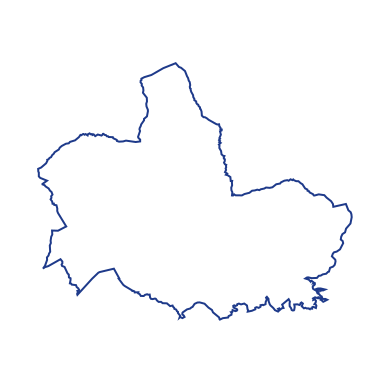 Plopu, Prahova, Romania (Natural Earth projection), rotated 354°
{"feature_id": "2599482B39096180875647", "entity_name": "Plopu", "entity_type": "district", "adm_level": 2, "iso_a3": "ROU", "parent_name": "Romania", "parent_adm1": "Prahova", "projection": "natural_earth1", "projection_center": [26.161, 45.031], "detail": "fine", "context": "isolated", "style": "outline", "palette": "blue", "viewbox_px": 384, "rotation_deg": 354, "n_neighbors": 0, "source": "geoboundaries", "source_scale": "gbopen_adm2", "svg_char_len": 6036}
<svg xmlns="http://www.w3.org/2000/svg" viewBox="0 0 384 384"><g transform="rotate(354 192 192)"><path d="M319.9,285.5L321.4,281.8L324.4,281.0L326.2,279.5L326.9,277.9L327.5,275.9L327.4,274.3L324.4,270.6L325.7,268.0L327.0,266.8L329.7,266.4L333.2,264.5L337.0,258.7L336.7,256.5L335.0,254.8L335.7,252.1L337.2,249.6L340.0,248.1L341.4,244.5L346.3,239.9L348.2,233.7L348.2,230.8L347.7,228.7L345.6,226.5L343.8,220.0L331.0,221.5L330.9,218.6L329.4,215.7L325.2,211.6L323.3,209.0L317.8,207.6L313.5,208.3L312.7,208.1L312.1,206.8L308.9,204.7L308.6,203.6L307.0,202.8L307.0,201.6L304.9,200.3L302.6,195.8L301.0,194.6L299.0,192.4L296.7,192.1L294.6,190.9L294.0,190.1L293.1,190.7L291.3,189.7L289.3,190.9L288.0,190.2L285.0,190.4L281.5,191.7L280.5,192.8L276.6,193.1L272.5,195.7L269.7,196.0L266.1,195.3L264.3,196.1L260.6,196.5L259.2,197.2L257.1,196.5L254.7,197.0L251.9,197.0L249.0,198.8L244.0,199.5L241.3,200.6L234.8,199.8L233.6,198.7L232.4,199.8L231.4,199.6L232.1,196.5L231.4,194.4L231.5,191.8L232.6,189.5L232.7,186.5L233.1,185.2L231.7,185.1L231.7,181.1L229.3,179.1L227.6,178.4L228.9,177.3L226.9,175.7L228.2,173.6L227.9,172.0L228.5,171.3L228.6,169.2L228.9,168.6L227.7,167.9L226.9,166.2L227.8,164.7L228.1,162.9L227.2,162.1L227.1,161.4L228.0,159.6L226.7,159.2L225.3,157.6L225.2,154.3L223.8,151.1L224.2,148.4L223.7,147.6L225.6,146.2L224.3,145.2L225.2,144.2L224.3,143.2L225.5,141.9L224.9,141.2L226.7,138.0L226.2,134.5L227.9,133.9L228.1,132.9L226.8,132.4L227.1,131.3L226.1,129.4L226.0,127.5L224.2,127.5L222.9,126.8L216.2,122.0L214.3,120.1L212.7,119.0L211.3,118.8L209.8,117.1L209.9,113.0L209.3,110.6L208.7,110.1L208.8,108.6L207.6,107.3L207.3,105.8L206.4,105.3L205.6,103.9L205.6,102.3L203.9,100.9L204.1,99.7L203.2,97.8L203.2,95.8L201.7,92.3L201.3,90.1L201.5,89.2L200.9,88.6L200.8,87.1L201.4,85.5L201.2,82.4L200.4,80.9L200.0,78.2L199.2,76.5L197.7,71.0L194.1,67.3L192.1,66.3L189.2,62.2L176.5,65.8L163.8,71.4L156.6,72.8L153.5,74.0L153.5,75.3L152.6,75.9L152.3,77.6L153.4,79.2L153.1,80.9L154.3,82.9L154.3,85.9L153.6,88.2L156.9,93.5L156.7,97.2L155.7,99.5L155.7,102.2L156.7,105.6L156.6,107.1L155.1,112.1L151.9,114.3L151.8,115.7L148.5,119.5L147.9,121.1L146.7,122.9L146.3,124.1L146.7,125.9L144.1,131.6L144.5,132.8L145.9,134.4L145.7,136.3L141.2,136.4L131.7,134.0L128.7,134.5L124.7,134.3L122.7,133.4L122.6,132.3L119.3,130.3L119.0,129.2L114.9,128.6L114.3,127.8L113.2,127.7L112.3,126.4L111.3,126.2L110.0,124.9L109.5,124.9L109.0,125.7L107.9,126.4L104.3,125.0L101.6,126.3L100.2,124.4L98.9,124.9L98.5,123.9L97.2,124.0L96.3,123.0L94.5,123.7L94.1,124.8L92.3,123.3L91.1,123.8L90.2,123.0L89.7,123.0L87.7,124.0L87.0,123.6L85.3,125.6L81.1,128.4L75.9,129.4L74.5,130.7L71.7,130.8L67.3,132.6L65.1,134.1L64.0,135.8L59.5,138.1L58.5,139.5L56.8,140.7L55.5,142.6L53.9,143.2L52.7,144.5L51.4,144.8L51.4,145.9L49.9,148.2L44.5,151.9L41.4,152.9L41.3,155.7L41.7,156.6L41.3,160.5L42.5,162.1L49.0,165.6L44.1,168.4L44.1,168.8L46.1,169.8L46.9,171.1L49.8,173.5L50.9,175.8L52.3,177.3L53.0,180.0L51.5,181.5L51.6,183.1L50.6,184.5L51.9,186.7L52.1,189.1L53.4,189.1L53.6,190.4L55.8,191.0L56.3,194.3L56.0,196.8L56.5,198.8L63.3,213.1L54.7,216.5L48.8,215.7L48.6,219.7L47.3,221.8L46.3,225.7L46.3,228.0L45.0,230.3L44.7,236.6L43.4,238.3L42.7,240.2L40.9,241.9L40.8,244.4L38.1,250.0L35.8,252.6L37.8,251.4L41.3,250.7L54.2,245.1L55.8,247.6L55.6,249.4L54.7,250.5L55.0,251.9L57.4,253.2L59.7,259.9L60.8,261.2L60.7,264.1L62.2,265.1L62.0,266.8L61.0,270.1L62.3,270.5L62.7,271.5L66.9,272.5L67.4,274.5L68.8,275.9L69.5,277.5L69.0,278.2L67.7,278.4L68.0,279.6L67.1,281.4L67.3,282.3L83.6,267.8L90.4,262.5L91.7,262.0L106.3,260.1L110.6,270.3L110.0,270.5L113.9,277.1L115.2,278.4L122.4,283.8L122.4,284.2L123.6,284.3L124.4,284.9L124.5,285.9L128.2,286.1L127.9,287.2L129.3,288.1L130.2,290.0L133.1,290.4L134.5,289.4L136.7,289.0L137.7,289.6L139.2,289.6L139.3,292.6L140.1,294.0L141.7,294.4L144.1,294.1L144.9,294.5L145.8,296.2L147.3,297.8L149.7,298.0L151.2,299.5L155.4,300.1L158.3,303.2L160.8,302.9L161.2,304.2L162.2,305.3L162.2,306.3L164.0,307.3L164.6,309.0L165.5,309.7L165.4,310.9L167.3,313.8L166.5,315.6L167.2,315.1L169.3,316.4L171.5,315.5L170.9,314.0L169.6,312.7L169.8,311.3L170.3,310.7L174.8,308.2L178.0,307.7L179.4,306.7L180.5,306.4L182.9,303.5L185.8,302.5L188.1,302.6L192.8,304.4L196.3,308.7L199.5,311.4L200.3,313.9L205.9,319.6L206.0,321.2L206.4,321.8L209.5,320.7L214.8,320.6L215.5,319.2L218.4,318.2L218.8,316.4L218.3,315.6L219.5,315.5L220.0,313.7L222.7,315.0L224.0,314.8L224.7,314.0L224.5,313.3L221.2,311.2L221.1,309.6L222.1,309.1L223.3,309.9L225.0,309.3L225.3,308.3L227.0,307.9L229.0,308.9L232.3,308.4L234.8,310.6L235.0,314.5L235.4,315.3L234.9,316.8L239.1,316.4L242.7,315.3L242.8,313.7L244.3,313.3L246.2,314.2L247.8,313.5L248.2,313.2L248.3,311.7L250.4,311.6L251.0,312.0L253.4,311.3L253.8,309.0L255.2,306.6L254.6,304.8L255.5,304.1L256.9,306.3L256.8,308.6L257.6,311.9L258.2,313.0L260.7,315.8L262.2,318.2L265.1,319.9L266.3,318.9L265.4,317.2L266.6,316.9L267.0,318.5L269.0,317.1L270.9,316.9L269.9,313.4L276.9,308.7L277.9,311.3L277.4,312.9L277.2,315.8L278.4,317.9L278.8,319.8L279.6,320.3L280.8,320.4L281.3,320.0L282.1,317.1L281.9,314.6L285.0,314.7L287.1,315.6L287.6,315.4L288.4,313.8L289.3,313.3L290.6,314.5L289.2,317.1L291.2,319.4L292.6,319.0L294.1,319.9L295.3,319.8L297.0,320.9L297.4,320.3L299.3,320.6L299.5,319.2L300.5,318.8L303.1,320.3L303.8,318.1L303.3,316.8L302.1,316.3L303.5,314.7L303.9,313.2L303.0,311.6L301.4,312.0L301.7,311.1L301.3,310.5L303.4,309.6L305.8,310.7L306.4,309.9L306.9,309.9L307.0,310.9L309.5,310.9L308.6,312.6L309.7,313.2L310.5,314.5L311.1,314.9L315.2,313.3L313.5,312.3L311.4,312.1L310.4,311.3L310.1,309.5L308.9,308.7L307.8,306.9L306.2,305.9L306.0,305.1L307.1,304.7L305.9,304.5L305.3,303.4L307.8,302.5L312.0,303.6L314.2,302.9L309.9,301.4L307.2,301.1L305.0,301.6L305.0,302.3L303.8,302.2L302.3,300.9L302.1,299.6L302.3,298.3L304.0,297.3L304.6,296.5L304.6,295.6L303.1,295.6L303.8,294.9L301.6,292.8L300.7,292.9L300.5,293.4L298.9,291.3L295.7,289.9L297.2,289.1L298.5,289.0L302.0,290.2L307.3,290.5L309.3,288.6L311.3,288.6L313.4,287.6L316.9,287.3L318.9,285.7L319.9,285.5Z" fill="none" stroke="#1e3a8a" stroke-width="2"/></g></svg>